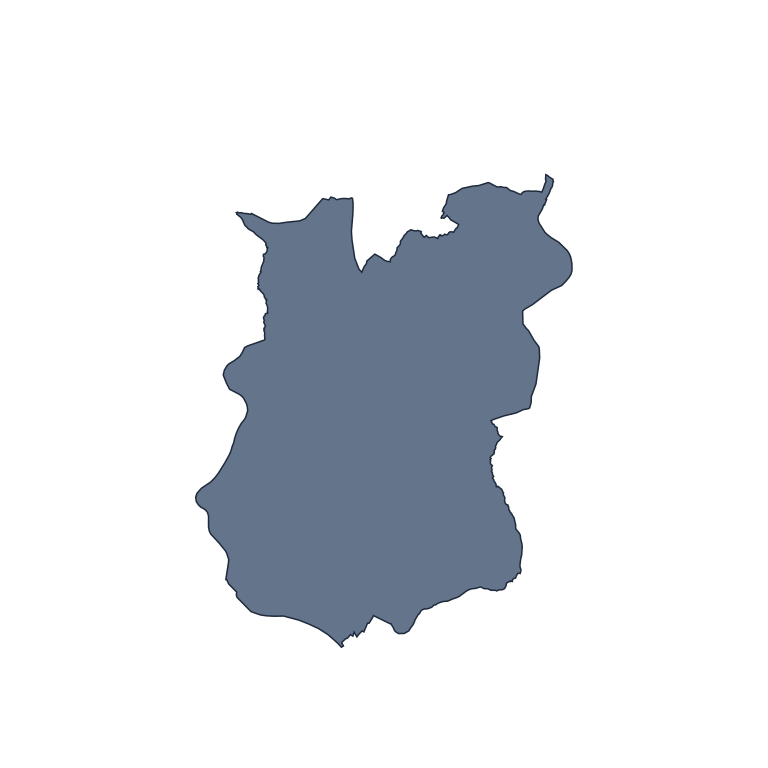 Phra Thong Kham, Nakhon Ratchasima, Thailand (Natural Earth projection), rotated 212°
{"feature_id": "78962969B71557232877153", "entity_name": "Phra Thong Kham", "entity_type": "district", "adm_level": 2, "iso_a3": "THA", "parent_name": "Thailand", "parent_adm1": "Nakhon Ratchasima", "projection": "natural_earth1", "projection_center": [101.984, 15.343], "detail": "fine", "context": "isolated", "style": "filled", "palette": "slate", "viewbox_px": 768, "rotation_deg": 212, "n_neighbors": 0, "source": "geoboundaries", "source_scale": "gbopen_adm2", "svg_char_len": 6159}
<svg xmlns="http://www.w3.org/2000/svg" viewBox="0 0 768 768"><g transform="rotate(212 384 384)"><path d="M172.1,283.4L171.4,284.4L170.5,284.6L171.2,285.7L171.2,286.4L170.8,288.1L170.0,288.6L169.6,289.3L170.1,291.4L170.2,294.2L169.4,295.0L168.1,295.4L169.1,298.7L171.7,301.0L172.7,302.4L175.2,307.7L176.7,312.1L180.6,319.3L182.4,321.6L186.0,325.0L188.4,328.1L190.3,329.2L194.5,330.6L195.9,331.5L197.8,334.4L202.9,339.5L204.8,340.3L206.5,341.4L207.5,341.4L207.9,342.0L209.1,342.2L210.5,343.3L211.4,343.4L213.2,345.8L214.0,346.2L214.8,347.1L215.8,346.7L217.2,346.8L218.4,347.5L219.7,348.6L221.3,351.7L224.4,353.5L224.9,355.0L226.2,355.3L226.6,356.0L228.6,357.1L233.3,357.6L233.7,356.6L234.3,356.5L236.2,358.6L237.8,359.5L239.1,359.7L240.2,361.0L242.2,361.7L242.0,363.8L243.8,364.4L244.9,366.0L245.4,366.0L245.8,366.6L246.7,366.9L246.6,367.5L247.1,368.8L248.1,369.4L248.8,371.0L248.8,372.2L251.6,372.8L252.5,374.3L252.9,375.5L254.1,376.3L253.6,377.4L254.5,377.6L255.0,378.4L255.1,379.0L253.7,383.1L254.7,385.4L255.5,386.2L255.1,387.9L255.5,389.2L256.7,390.6L256.5,391.9L257.1,394.5L256.2,397.7L255.8,402.1L258.0,401.3L258.9,401.4L261.4,402.6L261.7,403.3L264.0,405.2L264.7,406.9L265.8,407.1L267.2,406.7L269.3,408.0L271.0,407.7L272.0,408.5L272.5,408.6L273.0,409.3L273.8,409.5L272.2,412.1L265.5,420.4L256.6,429.5L252.2,436.2L248.5,439.5L247.8,440.9L249.5,446.5L252.4,451.4L255.1,464.5L265.8,488.6L270.3,495.2L271.5,496.8L272.9,497.9L279.8,500.5L289.6,505.8L292.6,506.5L298.0,508.6L305.1,519.3L304.4,521.9L300.1,530.1L291.7,552.2L285.5,561.7L284.2,567.5L283.5,572.8L283.6,576.3L284.7,579.8L288.5,585.8L292.8,590.4L295.9,592.7L299.5,594.3L311.0,596.8L319.7,596.7L325.3,597.3L327.9,597.9L337.3,602.4L340.0,604.4L341.7,607.0L342.2,608.3L342.5,616.5L343.5,620.5L342.7,620.8L343.9,626.6L344.7,626.4L345.0,633.3L346.1,638.8L345.8,639.2L346.1,641.2L347.4,644.0L347.5,645.4L348.0,645.5L349.1,647.1L353.6,647.1L355.7,647.5L357.7,647.3L355.5,643.2L353.8,641.5L353.7,639.4L352.3,633.6L351.9,630.3L354.3,629.6L357.9,627.8L360.7,625.9L363.7,624.3L366.0,622.6L367.5,621.0L368.1,619.4L368.2,617.7L368.9,617.0L376.3,616.0L379.6,615.0L384.1,615.6L387.2,613.9L389.5,613.3L391.4,611.7L392.8,611.0L401.3,610.4L402.5,609.9L408.9,602.4L413.9,598.6L421.4,591.3L424.7,584.2L428.3,579.6L429.6,578.7L427.6,571.4L426.8,570.5L426.8,564.9L426.0,561.3L424.2,561.4L423.8,561.0L423.6,558.2L424.0,557.2L423.6,555.1L423.2,554.9L422.6,555.7L420.9,556.4L419.9,560.3L416.9,559.6L414.6,558.6L405.3,558.9L404.9,556.9L404.8,554.9L405.2,554.5L405.4,553.5L405.4,549.5L406.6,549.2L408.6,548.1L409.2,546.8L409.3,544.3L410.3,543.5L411.9,543.3L412.3,541.6L413.2,540.6L414.1,539.9L414.4,540.4L415.6,540.3L415.9,537.5L415.5,535.9L419.4,535.3L423.7,531.8L426.9,532.4L427.6,529.8L428.6,529.9L432.9,531.6L432.9,532.8L433.5,533.0L436.8,532.1L437.4,531.2L439.6,529.9L443.1,529.0L443.4,527.9L444.8,525.6L445.0,522.5L445.6,520.7L445.4,517.2L445.7,514.1L445.6,513.4L444.5,511.9L444.3,510.0L445.1,506.5L443.8,504.1L443.7,502.2L443.0,499.6L443.1,498.4L444.3,496.2L444.6,494.4L444.6,492.9L443.5,491.0L446.8,489.5L450.1,489.2L453.1,489.6L460.6,489.3L463.7,479.3L462.7,476.7L463.0,472.7L462.1,467.0L466.0,468.1L475.4,475.1L487.4,489.1L492.6,496.3L500.1,510.9L503.6,517.0L506.6,521.7L509.2,524.8L510.5,524.4L511.5,522.7L515.7,520.5L518.7,518.4L521.5,515.5L522.7,515.1L524.3,515.4L528.1,514.4L528.4,510.9L534.2,508.7L538.4,482.7L541.9,477.7L552.2,469.7L558.4,464.4L563.9,461.2L567.5,460.1L586.8,458.4L586.7,457.5L587.3,457.1L589.9,456.2L593.7,454.2L595.6,453.8L597.7,452.3L599.3,452.1L599.9,451.2L599.3,451.3L598.9,450.0L593.8,449.4L591.0,448.2L586.2,444.9L580.9,443.6L575.4,443.9L571.5,442.9L562.5,442.1L558.4,440.8L558.2,439.7L557.6,439.0L556.5,438.7L555.8,437.6L554.9,438.0L554.5,436.3L553.6,435.1L553.5,432.9L553.6,431.5L554.5,430.8L554.9,429.9L554.0,428.3L552.8,427.8L551.0,424.2L550.0,418.2L548.4,414.5L548.4,413.9L547.6,413.8L547.7,410.5L546.9,407.3L546.3,406.4L545.6,406.2L545.2,404.7L544.2,403.8L544.2,402.2L542.7,401.7L542.3,400.7L542.6,399.7L541.6,398.9L541.5,398.2L541.0,397.7L540.7,397.7L540.6,398.5L539.7,398.5L538.6,397.6L533.7,396.4L532.1,395.2L531.7,394.4L529.8,393.7L529.6,393.2L528.5,393.6L528.0,393.3L528.0,391.9L527.3,391.5L526.7,389.8L525.3,389.1L523.0,387.0L521.2,383.5L520.3,382.7L520.4,381.9L521.3,381.6L521.8,380.3L521.3,379.6L521.6,377.3L521.2,376.1L519.0,374.3L519.0,373.3L518.6,372.6L515.2,370.2L515.3,367.5L514.4,367.2L514.5,366.0L512.3,364.3L510.9,361.6L508.6,358.7L508.7,358.0L519.6,344.4L521.6,341.0L520.9,335.9L520.9,331.2L523.4,324.4L526.0,319.3L526.8,316.7L526.7,311.2L525.2,306.6L524.3,305.8L518.0,301.2L512.1,297.7L501.1,298.6L497.6,298.2L495.4,297.5L490.2,294.4L487.9,292.3L485.6,289.3L485.0,287.6L483.6,282.1L483.6,279.4L484.2,274.5L483.9,268.9L483.1,263.7L481.8,258.6L480.3,254.4L479.7,250.8L478.3,246.0L477.7,241.8L477.2,233.0L477.2,220.6L477.7,215.0L479.1,208.9L483.4,199.3L483.9,197.1L484.7,192.1L483.7,188.1L480.7,184.7L477.4,183.2L474.3,182.5L470.2,182.7L467.9,182.4L465.7,181.6L462.9,179.1L457.0,169.7L454.3,166.8L451.6,165.0L439.9,161.8L430.1,158.5L427.8,157.2L422.9,153.1L421.6,150.9L414.5,134.3L413.8,134.8L409.8,132.1L398.7,129.5L397.5,127.0L396.4,125.8L395.3,125.1L376.1,120.5L366.3,122.7L360.9,125.1L354.0,128.9L346.2,134.0L331.2,138.6L321.0,140.5L310.0,141.9L298.8,141.8L286.2,139.7L280.6,138.2L279.6,140.4L282.9,142.2L281.6,147.4L280.3,149.1L279.6,153.7L276.8,153.7L277.9,157.7L273.0,155.2L272.6,159.1L271.7,163.0L269.7,163.1L271.2,172.4L271.0,172.8L270.2,172.9L269.9,173.3L269.9,179.7L270.2,182.0L251.9,183.9L250.7,184.4L250.5,183.9L247.7,182.7L244.6,180.6L243.0,180.0L239.3,180.1L234.6,183.2L232.1,187.9L232.2,190.8L231.8,195.3L232.1,198.1L232.7,200.6L232.8,206.7L232.3,207.8L232.4,211.6L231.6,213.3L230.5,214.6L228.0,216.4L225.9,219.0L225.0,220.6L224.5,223.1L223.2,224.0L222.1,226.6L220.0,229.3L218.0,231.4L215.0,233.5L211.1,239.1L209.7,240.6L207.6,243.8L204.4,252.0L203.2,254.2L201.2,256.7L197.8,259.4L194.6,263.1L190.6,263.5L187.6,265.3L183.7,265.8L183.0,266.6L181.4,267.2L180.5,268.0L178.7,268.3L178.2,268.9L178.0,269.8L174.7,272.2L173.5,273.9L173.3,275.5L173.6,277.6L174.6,280.1L172.6,283.7L172.1,283.4Z" fill="#64748b" stroke="#1e293b" stroke-width="1.5"/></g></svg>